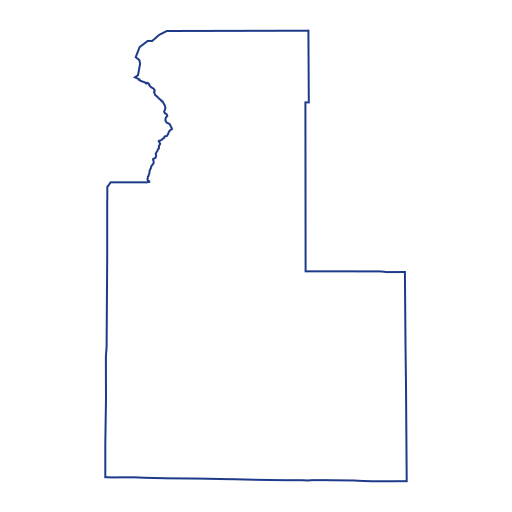 outline of Klamath, Oregon, United States of America
{"feature_id": "52423323B65304648918135", "entity_name": "Klamath", "entity_type": "district", "adm_level": 2, "iso_a3": "USA", "parent_name": "United States of America", "parent_adm1": "Oregon", "projection": "equal_earth", "projection_center": [-121.946, 42.805], "detail": "fine", "context": "isolated", "style": "outline", "palette": "blue", "viewbox_px": 512, "rotation_deg": 0, "n_neighbors": 0, "source": "geoboundaries", "source_scale": "gbopen_adm2", "svg_char_len": 2377}
<svg xmlns="http://www.w3.org/2000/svg" viewBox="0 0 512 512"><path d="M308.4,30.7L166.8,31.0L159.1,34.9L152.3,40.9L147.6,41.0L139.6,47.1L135.7,57.2L139.3,60.0L140.1,63.7L138.0,75.2L134.9,77.3L139.4,79.4L139.4,79.7L139.2,80.0L139.8,80.5L140.5,80.7L142.5,81.6L144.8,82.3L145.8,82.9L145.8,83.2L146.1,83.3L146.6,83.5L147.2,82.8L148.0,83.0L148.5,83.7L149.4,84.4L149.3,85.2L150.0,86.2L151.8,87.6L152.7,88.2L153.6,88.6L154.3,89.8L154.7,90.3L154.6,91.1L154.0,92.0L154.7,93.7L155.3,95.2L156.0,95.7L157.8,97.2L159.0,98.6L160.2,99.4L160.8,100.2L161.7,101.2L162.0,101.0L162.8,101.8L164.2,104.4L164.9,105.6L165.2,106.9L165.4,108.3L164.7,110.2L164.2,111.7L164.7,113.1L166.1,113.8L167.0,114.9L167.3,115.8L166.8,116.5L166.0,117.4L165.5,118.8L165.4,120.1L165.7,121.1L166.5,122.5L169.6,124.0L170.7,126.2L171.6,127.8L172.0,129.0L171.0,129.6L169.5,131.0L168.8,131.9L168.5,132.9L168.0,134.2L167.3,135.2L167.0,135.8L166.3,136.2L165.6,136.2L164.6,136.5L164.2,137.3L164.2,137.9L163.5,138.3L162.3,139.1L161.5,140.0L160.3,140.5L159.6,140.8L159.2,140.7L158.7,141.1L158.9,141.6L159.8,143.1L160.2,143.8L159.7,144.7L159.4,145.2L158.8,146.1L158.8,146.6L158.9,147.0L158.9,147.4L159.0,147.7L158.9,148.4L157.9,149.3L157.6,150.5L156.8,151.8L156.2,152.8L155.8,153.7L155.7,154.2L156.2,155.1L156.1,155.7L155.8,156.6L155.7,157.6L155.2,157.9L154.4,158.4L153.8,158.7L153.6,158.8L153.2,159.0L153.3,159.2L153.1,159.7L153.2,160.1L153.3,160.4L153.5,160.8L153.7,162.1L153.5,163.1L153.0,164.2L151.8,165.5L151.2,166.5L151.2,167.1L150.9,167.8L150.8,168.5L150.1,169.5L149.6,171.1L149.5,172.8L149.0,174.2L148.6,175.0L148.6,175.9L147.9,176.6L147.8,178.0L147.4,179.2L148.0,180.7L149.0,181.1L149.7,181.7L150.2,181.7L147.2,182.3L131.7,182.3L123.1,182.3L115.7,182.3L110.7,182.3L107.3,187.0L107.3,192.0L107.3,199.3L107.2,202.0L107.2,258.1L106.6,347.0L105.9,356.5L105.9,369.1L106.0,398.7L105.3,443.9L105.3,477.2L111.4,477.4L132.7,477.3L132.9,477.3L133.7,477.3L134.0,477.3L145.4,477.8L167.2,478.3L200.0,478.6L229.6,479.2L230.3,479.2L233.7,479.2L236.6,479.3L256.8,479.8L269.8,480.0L285.4,480.2L287.0,480.2L288.0,480.2L300.6,480.2L304.0,480.3L308.2,480.5L309.3,480.4L309.6,480.3L314.8,480.1L327.4,480.1L328.1,480.2L354.1,480.5L360.8,480.9L373.5,481.3L406.7,481.2L406.0,385.3L406.0,384.8L405.5,344.6L404.9,272.0L386.9,272.1L380.7,271.4L305.6,271.3L305.4,102.4L308.8,102.4L308.4,30.7Z" fill="none" stroke="#1e3a8a" stroke-width="2"/></svg>